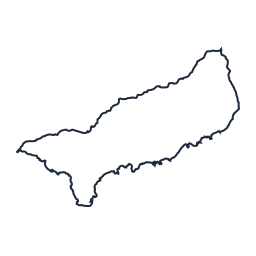 the district of Nossa Senhora Do Livramento, Ribeira Grande, Cabo Verde, rotated 179°
{"feature_id": "66160863B28688334871687", "entity_name": "Nossa Senhora Do Livramento", "entity_type": "district", "adm_level": 2, "iso_a3": "CPV", "parent_name": "Cabo Verde", "parent_adm1": "Ribeira Grande", "projection": "mercator", "projection_center": [-25.107, 17.182], "detail": "fine", "context": "isolated", "style": "outline", "palette": "slate", "viewbox_px": 256, "rotation_deg": 179, "n_neighbors": 0, "source": "geoboundaries", "source_scale": "gbopen_adm2", "svg_char_len": 5745}
<svg xmlns="http://www.w3.org/2000/svg" viewBox="0 0 256 256"><g transform="rotate(179 128 128)"><path d="M239.3,106.2L239.0,105.7L238.8,105.7L237.7,106.9L236.5,107.4L235.9,107.3L234.1,106.3L232.5,106.4L231.4,106.1L230.9,105.9L229.9,104.6L228.3,103.6L225.8,103.4L224.2,102.5L219.7,101.8L219.0,100.1L219.1,99.7L218.9,99.5L218.0,99.4L217.5,99.1L217.2,97.7L216.8,97.5L216.4,97.8L216.0,96.9L215.6,96.7L215.0,96.6L214.5,96.2L214.0,96.1L213.4,96.2L212.2,96.9L211.3,96.8L211.1,96.6L211.5,95.2L211.7,93.2L211.0,91.0L209.8,89.4L208.3,87.9L206.9,87.3L206.6,86.6L205.5,85.8L204.8,85.6L204.5,85.9L204.8,88.2L203.9,86.9L201.9,85.7L201.1,85.6L200.3,84.5L199.9,83.7L199.7,83.5L198.9,83.8L198.7,82.8L198.3,82.9L198.3,83.9L197.3,84.6L196.7,84.4L196.4,84.6L192.6,85.0L191.0,84.1L190.7,83.5L190.1,83.7L188.4,82.9L188.2,82.1L188.3,81.6L188.0,81.4L187.3,81.5L186.9,81.2L186.1,80.1L186.0,79.6L186.0,78.7L186.5,77.4L186.0,75.0L185.3,74.3L185.2,72.1L186.3,71.0L186.2,70.8L185.9,70.6L186.3,69.5L186.1,68.5L185.5,68.3L184.8,67.1L184.1,66.4L184.2,65.8L183.8,65.1L183.8,64.1L183.7,63.4L181.1,58.1L180.8,57.8L179.8,57.5L179.3,56.4L179.3,55.2L180.4,54.8L180.6,52.9L177.4,51.4L175.5,51.8L173.9,51.1L172.6,50.9L169.3,50.7L167.4,50.8L166.7,51.2L165.1,53.7L165.3,54.6L165.0,55.7L165.6,55.5L166.3,54.8L166.9,54.9L166.0,56.3L166.2,57.2L164.7,58.2L164.2,59.7L163.7,60.4L163.1,60.4L163.0,59.8L161.8,59.5L160.8,60.2L160.5,61.1L160.7,61.9L162.3,64.4L162.5,65.2L162.1,66.2L162.3,66.9L162.1,68.4L162.6,69.8L162.1,71.2L161.5,72.1L160.5,72.6L160.2,73.7L159.7,74.4L158.6,75.3L157.9,75.5L157.6,75.9L156.6,76.0L156.6,76.5L157.2,77.9L157.0,78.1L156.3,78.0L156.1,78.3L156.2,78.6L155.4,78.9L154.8,79.8L153.8,80.5L153.1,81.5L150.4,83.1L147.7,83.9L145.5,85.0L144.2,84.7L143.1,85.1L142.8,85.1L142.5,84.7L142.3,83.4L141.9,82.7L141.5,82.6L139.9,83.3L138.4,82.5L138.3,82.9L139.2,85.6L139.4,86.9L138.6,87.5L137.6,87.5L137.7,88.0L137.0,89.4L135.9,90.1L134.5,90.4L133.4,90.1L132.2,88.7L131.1,89.2L130.5,88.6L129.5,90.3L128.5,90.6L128.1,91.8L127.7,92.0L125.9,91.5L125.0,90.4L124.8,89.5L124.9,88.5L125.3,87.1L124.6,85.8L124.7,84.6L124.2,84.3L123.6,84.4L123.0,84.1L122.7,84.2L121.2,86.6L120.8,86.8L119.6,86.6L119.1,86.9L119.1,87.2L118.0,87.9L117.5,89.8L116.6,91.4L115.9,91.8L115.3,91.8L114.4,91.5L114.0,91.8L113.9,92.4L112.7,92.3L110.5,93.4L108.2,93.3L104.2,92.8L103.9,92.6L103.9,91.5L103.7,91.2L103.1,90.9L102.9,91.5L102.5,91.5L102.5,91.0L101.8,90.0L101.7,90.3L102.0,91.0L102.0,92.0L102.8,92.1L103.1,92.7L102.8,93.6L102.2,93.9L101.3,93.7L100.6,92.5L100.0,92.3L99.5,93.6L98.9,93.8L98.0,93.2L97.1,91.3L96.8,91.3L96.7,92.0L95.7,91.8L95.3,91.5L95.1,91.7L95.2,92.2L96.4,93.7L96.4,94.5L94.7,95.5L93.4,95.6L92.1,96.4L90.6,96.8L87.9,96.2L87.9,95.3L86.6,94.7L86.7,95.1L85.9,95.5L85.3,96.4L84.2,97.4L83.8,97.6L82.8,97.6L80.7,99.4L79.1,101.7L78.1,102.5L75.5,106.4L72.9,109.3L71.7,110.3L70.7,110.7L70.2,110.7L69.9,110.5L69.5,109.5L68.8,109.5L69.1,108.2L68.6,107.5L68.0,107.5L67.7,107.8L67.6,108.3L68.3,110.1L68.1,110.4L67.5,110.5L67.4,111.3L67.1,111.5L66.1,111.5L65.5,111.2L63.2,109.3L62.4,109.0L59.9,109.0L59.2,109.5L59.5,110.8L59.1,111.8L58.7,111.4L58.1,111.4L58.1,111.8L58.5,111.9L58.6,112.1L57.0,113.0L56.7,112.3L55.8,112.2L56.4,112.9L56.3,113.3L55.1,114.8L54.5,116.8L52.3,117.1L51.8,117.4L51.5,118.1L50.1,117.4L49.8,117.6L49.2,117.2L48.8,117.6L48.5,117.6L48.5,117.9L48.1,117.8L47.5,118.0L46.8,117.4L46.1,115.5L45.4,115.5L44.6,116.0L45.1,117.2L45.1,117.6L44.7,118.7L44.9,119.1L44.8,119.4L42.4,121.1L39.8,122.0L37.1,123.4L36.1,122.0L36.0,122.5L34.0,123.2L33.5,123.5L32.5,123.7L28.6,126.7L28.2,128.3L27.3,128.9L26.3,131.2L25.0,133.3L23.9,134.7L23.0,135.3L23.2,136.7L22.5,139.3L21.9,140.0L21.8,140.5L17.2,144.6L16.7,145.4L16.7,145.8L16.9,146.4L17.0,147.8L16.9,151.1L17.1,152.0L17.7,152.6L18.1,156.3L19.0,159.0L19.0,159.8L19.6,162.2L20.8,164.6L21.2,166.2L21.9,167.1L22.2,168.2L23.9,170.9L24.5,172.5L25.4,173.5L25.8,174.5L26.0,176.4L26.5,177.8L26.7,179.5L25.8,181.7L25.0,182.8L25.0,183.3L26.8,185.7L27.5,186.2L28.0,187.8L27.3,189.9L27.1,191.1L27.0,192.2L27.1,193.8L29.1,196.0L29.0,197.2L29.4,197.6L31.2,198.9L33.0,199.5L33.3,200.1L33.7,202.6L33.3,203.8L33.5,205.3L34.3,204.3L35.1,203.8L36.0,203.5L39.9,203.5L40.9,203.8L42.3,203.9L44.4,203.2L45.9,203.3L47.6,203.2L49.2,201.1L50.6,197.6L51.4,196.7L53.0,195.7L54.4,195.2L56.1,193.9L57.5,193.3L58.6,190.0L59.4,189.5L60.1,188.2L61.4,186.4L63.1,182.6L64.1,182.2L65.0,181.3L66.4,179.1L68.3,177.9L71.2,177.3L71.8,176.8L71.9,176.4L72.7,176.1L73.4,176.6L75.7,176.0L76.6,175.2L77.2,173.7L78.8,171.9L80.1,171.6L81.7,171.6L83.2,172.3L86.1,171.9L86.8,170.4L87.1,169.1L87.6,168.5L88.6,168.0L93.4,167.9L95.4,168.4L95.6,169.2L97.1,169.3L98.1,169.1L99.2,168.7L100.9,167.0L102.1,166.3L103.8,165.8L107.7,165.2L108.1,163.8L109.2,163.4L110.5,163.6L111.3,163.3L112.3,162.0L113.4,161.2L115.4,160.8L117.2,161.0L117.9,160.6L118.6,158.6L119.2,158.0L120.1,158.0L124.0,158.5L124.5,158.0L127.8,157.9L129.2,157.1L132.5,156.9L135.3,157.6L136.6,156.9L136.6,154.0L137.6,152.4L139.0,151.6L140.1,151.3L142.4,150.4L144.6,148.2L145.0,146.5L145.5,145.6L148.5,145.4L149.3,144.0L152.7,143.2L153.9,142.4L155.0,141.1L155.3,140.0L157.2,137.9L158.3,137.2L158.5,133.6L159.8,133.1L161.2,130.5L162.4,129.7L163.2,129.8L163.5,130.3L164.6,130.2L164.9,129.5L165.2,127.4L165.7,126.0L167.4,124.6L168.5,125.4L169.3,124.2L170.0,123.9L172.7,123.8L183.7,127.3L184.5,127.1L185.2,126.6L186.1,126.3L187.3,126.3L187.9,126.3L190.0,127.5L193.2,126.9L195.3,126.2L197.4,124.4L198.8,122.3L200.9,123.0L202.0,122.3L203.1,122.2L204.3,122.7L207.5,122.9L210.2,122.1L211.3,121.3L212.9,121.2L215.9,119.1L218.0,118.6L218.7,118.0L220.0,117.9L220.3,117.1L221.1,116.7L224.0,116.4L226.5,116.6L230.7,116.1L231.7,115.1L232.8,114.5L234.2,111.8L235.4,111.0L236.0,109.0L237.1,108.6L239.3,106.2Z" fill="none" stroke="#1e293b" stroke-width="2"/></g></svg>